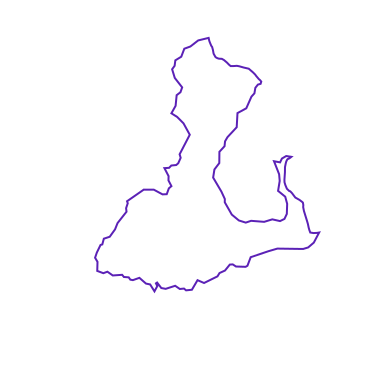 Resen, Resen, North Macedonia (Natural Earth projection), rotated 231°
{"feature_id": "65306769B70601166108403", "entity_name": "Resen", "entity_type": "district", "adm_level": 2, "iso_a3": "MKD", "parent_name": "North Macedonia", "parent_adm1": "Resen", "projection": "natural_earth1", "projection_center": [21.03, 41.035], "detail": "fine", "context": "isolated", "style": "outline", "palette": "violet", "viewbox_px": 384, "rotation_deg": 231, "n_neighbors": 0, "source": "geoboundaries", "source_scale": "gbopen_adm2", "svg_char_len": 2341}
<svg xmlns="http://www.w3.org/2000/svg" viewBox="0 0 384 384"><g transform="rotate(231 192 192)"><path d="M80.5,265.3L81.5,263.5L83.6,260.6L86.1,258.4L88.7,259.3L91.0,260.3L94.1,261.9L96.7,263.0L101.2,264.8L106.9,267.1L110.3,268.9L111.7,270.2L112.5,270.7L114.0,271.5L114.8,271.4L118.1,270.6L122.7,268.8L125.6,268.9L128.2,269.0L130.7,268.8L131.5,268.2L134.8,267.8L138.6,268.9L141.3,270.0L143.3,271.5L145.9,273.9L148.8,276.6L152.8,279.9L155.2,282.8L156.3,284.3L157.1,285.9L157.4,287.0L157.0,288.2L156.8,289.9L156.8,291.3L160.7,287.8L161.4,282.9L159.6,279.1L164.3,275.1L151.0,270.9L145.4,267.1L138.7,259.6L129.7,261.5L122.9,258.5L115.3,251.9L112.9,246.9L114.0,242.1L120.2,237.2L123.4,229.3L132.4,219.8L134.4,214.5L140.4,210.5L149.4,208.7L163.4,211.0L165.9,213.1L173.8,215.1L189.9,217.5L195.4,223.6L197.3,231.4L206.0,238.6L207.1,246.1L210.6,249.6L212.3,254.1L214.2,267.5L224.7,277.0L222.9,286.9L228.7,298.2L229.4,302.6L233.1,306.8L234.0,310.8L232.9,313.4L234.2,315.3L236.1,315.3L237.6,315.0L241.8,314.9L243.5,315.0L246.5,314.7L252.1,313.7L256.2,310.5L259.9,307.9L261.8,306.3L263.4,304.0L265.5,301.3L267.5,300.9L270.7,300.6L274.4,299.9L276.7,299.0L278.7,296.8L280.1,295.9L281.6,295.3L282.4,295.2L283.9,295.5L285.7,295.8L286.4,296.1L289.1,297.6L292.0,298.9L293.6,299.0L297.3,300.1L298.7,300.6L301.3,301.9L305.9,292.2L306.1,282.3L308.2,276.2L303.9,268.8L304.8,261.9L301.0,257.9L299.9,253.8L291.5,250.4L279.5,250.2L276.8,245.8L276.9,241.0L269.3,233.5L266.1,225.5L259.7,227.7L250.7,228.6L237.9,226.3L229.1,206.1L225.7,204.7L223.0,199.4L222.9,196.7L225.6,192.6L225.2,189.4L227.9,185.6L219.1,183.8L215.8,181.0L209.5,179.7L209.4,176.3L206.2,171.0L208.7,167.6L217.8,163.8L224.2,156.0L225.7,135.7L223.7,135.0L220.9,130.6L217.9,128.7L214.7,114.6L211.4,108.7L209.0,99.9L211.2,94.1L207.7,89.3L208.4,87.6L204.8,79.9L201.9,75.3L197.2,74.6L190.3,68.7L184.7,72.0L183.3,76.1L177.0,77.9L171.6,85.6L168.8,85.6L165.5,89.1L162.7,88.9L160.7,90.6L158.4,97.1L149.8,98.6L146.5,101.3L138.4,100.3L140.7,105.8L143.7,106.5L143.6,107.9L136.7,107.7L133.3,110.6L129.7,119.9L124.3,121.5L122.0,125.0L119.3,125.5L116.1,130.4L120.0,140.8L113.7,144.1L110.4,158.7L111.7,162.4L110.2,168.2L111.8,175.7L110.1,178.1L106.4,179.3L100.1,186.6L99.8,188.7L104.4,196.6L97.9,214.1L94.3,222.7L77.8,242.5L75.8,247.4L76.0,254.8L80.5,265.3Z" fill="none" stroke="#5b21b6" stroke-width="2"/></g></svg>